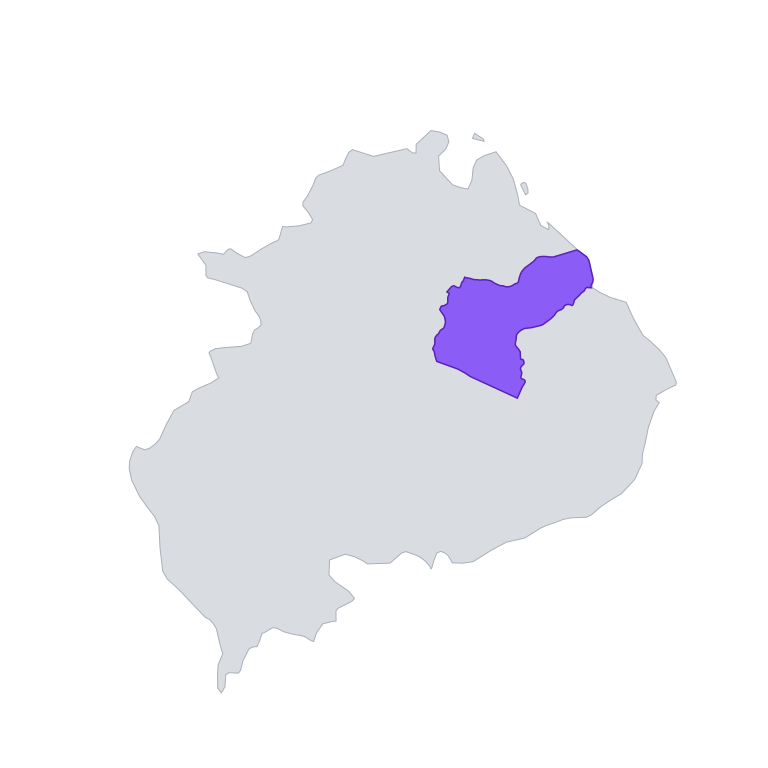 where Pouthisat sits in Cambodia, rotated 159°
{"feature_id": "KHM-1780", "entity_name": "Pouthisat", "entity_type": "Province", "adm_level": 1, "iso_a3": "KHM", "parent_name": "Cambodia", "parent_adm1": "", "projection": "orthographic", "projection_center": [103.597, 12.527], "detail": "fine", "context": "in_parent", "style": "filled", "palette": "violet", "viewbox_px": 768, "rotation_deg": 159, "n_neighbors": 0, "source": "natural_earth", "source_scale": "10m", "svg_char_len": 5539}
<svg xmlns="http://www.w3.org/2000/svg" viewBox="0 0 768 768"><g transform="rotate(159 384 384)"><path d="M646.5,153.9L648.2,159.8L644.1,170.9L639.7,181.0L631.2,189.9L630.8,196.4L628.2,215.8L629.4,221.9L631.5,227.1L634.4,229.9L642.2,248.7L649.3,265.8L656.3,279.8L657.6,288.7L651.8,311.4L644.9,332.3L645.7,342.7L648.9,353.0L652.5,366.8L654.0,384.4L652.3,396.0L649.1,403.2L643.0,410.6L637.6,414.4L630.9,408.3L625.7,408.1L618.7,410.1L613.2,413.0L602.1,423.9L589.7,434.6L572.5,437.5L565.9,445.3L558.7,446.5L545.0,447.0L536.1,449.0L536.6,452.9L536.0,471.3L536.2,475.7L534.9,476.8L528.7,477.4L518.2,474.7L503.9,470.3L493.8,469.7L488.7,477.8L485.6,480.9L481.8,481.4L477.8,482.9L476.5,486.5L476.2,491.0L478.2,498.7L479.0,510.9L478.6,519.2L482.3,524.4L504.2,541.9L510.6,546.3L511.4,548.9L507.7,558.6L511.2,572.1L504.4,571.9L493.0,566.2L487.5,562.7L480.9,565.6L478.6,565.1L474.1,558.4L468.3,551.7L462.3,551.3L449.6,554.1L436.7,556.0L431.8,556.0L429.8,557.3L422.3,567.4L419.1,565.7L406.1,562.0L394.2,560.6L391.7,563.2L393.2,571.4L395.9,579.5L394.3,582.9L387.8,587.2L379.2,594.8L373.9,600.8L370.2,602.3L357.1,602.1L343.9,602.9L338.7,608.5L333.8,612.9L329.5,614.1L312.3,600.3L278.3,595.5L274.5,589.4L271.3,588.2L268.1,596.2L249.4,603.8L241.6,599.2L235.9,593.6L236.7,586.8L242.1,581.2L251.4,577.2L255.7,563.2L248.6,545.3L242.4,540.1L235.9,535.9L229.0,542.6L223.2,554.0L217.2,559.9L208.7,561.2L196.2,560.7L191.4,543.6L189.8,529.0L191.5,512.3L193.4,502.4L181.4,488.8L180.8,475.8L175.0,469.1L173.3,472.5L173.5,476.2L171.8,473.5L153.0,435.3L149.9,417.6L153.2,404.0L155.1,399.5L149.7,392.3L142.1,384.1L128.6,373.4L127.7,356.5L124.8,336.6L120.8,329.9L114.7,317.6L111.4,307.5L110.4,280.7L112.1,278.5L121.6,277.8L133.9,275.9L135.9,271.6L133.7,268.0L141.6,261.9L152.8,248.7L161.6,234.8L167.8,226.0L171.6,217.3L184.2,205.0L201.6,196.5L213.4,194.6L225.7,191.7L237.4,187.5L243.0,187.1L257.6,192.1L265.5,193.4L273.8,193.3L282.4,193.8L289.8,193.3L307.7,189.8L326.7,192.5L343.6,190.3L364.6,186.2L374.9,188.6L384.3,192.6L385.6,200.8L387.8,204.5L391.0,207.4L395.2,207.3L400.5,201.6L404.9,195.7L406.3,194.6L406.6,197.5L408.9,203.9L412.9,210.1L417.0,214.2L423.7,219.7L428.1,219.9L442.4,214.6L464.0,222.0L466.5,225.8L473.6,233.5L481.2,239.0L497.9,239.2L503.8,225.5L500.8,217.2L491.1,202.9L488.4,194.3L491.4,192.8L507.6,191.0L510.2,189.3L513.7,179.9L518.1,180.9L527.0,182.1L536.4,175.6L542.0,168.8L545.1,171.8L548.5,176.5L552.2,179.2L559.0,183.2L566.6,188.8L571.4,194.3L575.1,196.4L584.7,194.8L587.3,194.9L592.8,188.1L596.6,184.4L600.0,185.4L604.8,185.2L614.7,176.4L620.3,168.4L623.4,166.2L632.4,170.1L636.0,169.2L641.0,158.3L646.5,153.9ZM185.0,521.1L183.1,522.1L181.4,522.1L179.6,520.5L179.8,514.4L181.1,510.6L184.1,509.9L185.0,521.1ZM213.4,581.5L209.6,585.6L203.5,577.1L203.5,574.7L213.4,581.5Z" fill="#d9dde1" stroke="#a8b0b8" stroke-width="1"/><path d="M156.0,440.1L154.5,438.4L149.2,430.1L148.4,425.9L150.9,408.4L151.4,406.4L152.5,404.4L155.2,402.0L156.1,400.5L156.0,399.6L158.5,400.6L158.9,401.0L159.1,401.1L159.3,401.2L159.7,401.3L160.2,401.4L160.8,401.3L161.6,400.9L163.5,399.4L164.2,398.9L165.2,398.7L166.3,398.5L167.8,397.9L169.8,396.8L175.4,394.5L176.2,394.0L177.3,392.5L179.3,390.1L179.8,390.0L180.4,389.9L180.6,390.1L181.2,390.7L182.6,391.9L183.8,392.4L184.4,392.5L185.1,392.6L186.0,392.6L187.0,392.4L187.7,392.2L188.2,391.9L188.4,391.7L188.8,391.0L189.3,390.7L190.1,390.4L192.1,389.9L195.1,389.9L196.2,389.7L198.1,388.7L200.5,387.0L205.0,385.1L213.8,382.7L215.9,382.4L225.9,383.7L233.1,385.5L236.8,385.1L239.8,384.1L241.5,383.2L242.5,382.3L243.2,381.5L244.2,379.4L244.2,379.2L244.4,378.7L246.6,375.4L247.3,373.7L247.4,373.3L247.3,372.9L246.6,370.1L246.0,368.7L245.4,365.9L245.3,365.1L247.3,359.3L247.4,358.9L247.4,358.7L247.3,358.3L247.2,358.1L247.0,357.8L246.8,357.7L246.0,357.4L245.5,356.7L245.3,355.7L245.5,354.3L245.8,353.3L246.3,352.7L246.7,352.4L248.8,351.5L249.5,351.2L250.2,350.6L251.0,349.6L251.3,348.7L251.4,347.9L251.2,347.0L251.2,346.4L251.3,345.1L251.9,344.1L253.7,341.5L253.9,340.4L253.7,339.6L253.1,339.0L252.4,338.6L252.0,338.2L251.4,337.5L251.2,336.4L251.4,335.6L251.8,335.0L252.3,334.5L256.5,331.2L264.6,323.0L300.7,360.0L304.4,365.2L309.5,371.3L326.7,386.2L326.4,390.5L326.4,391.6L325.6,395.4L325.5,396.8L326.0,398.7L325.9,399.3L325.4,400.0L322.5,402.8L321.9,403.7L321.0,406.6L320.4,407.9L320.2,408.3L319.7,408.9L318.9,409.6L317.0,410.8L316.5,411.0L316.1,411.0L315.4,411.3L314.5,411.9L312.8,413.4L312.3,413.8L311.8,414.0L308.7,414.7L308.1,414.9L307.8,415.1L307.5,415.4L304.5,419.5L304.1,421.0L303.4,425.4L305.3,433.5L303.6,435.3L303.0,435.8L302.1,436.2L300.3,435.7L299.4,435.7L297.2,436.0L296.2,436.3L295.3,437.3L294.8,438.3L293.7,441.5L293.1,442.4L291.1,444.5L290.8,445.1L290.9,445.7L292.1,447.0L292.3,447.3L292.0,447.6L286.5,450.5L285.4,450.8L284.1,450.8L283.5,450.6L282.9,450.1L281.6,448.4L281.0,447.9L280.2,447.4L279.5,447.1L278.9,446.9L278.2,447.2L277.4,447.9L275.8,450.0L274.8,451.0L273.9,451.6L273.5,451.7L272.9,452.0L272.6,452.3L270.4,454.8L269.3,453.9L265.3,451.4L263.0,449.5L262.1,449.0L258.9,447.6L258.5,447.3L256.8,446.5L255.0,446.1L252.1,445.0L250.4,444.1L248.2,442.8L247.3,442.0L246.5,441.2L244.8,438.6L240.6,434.4L240.3,434.2L237.8,433.1L237.2,432.7L236.0,431.6L235.3,431.1L234.5,430.7L231.6,429.9L229.1,429.9L226.2,430.5L223.4,430.5L222.5,430.8L221.6,431.8L220.2,434.0L217.2,437.7L215.2,439.6L211.0,441.9L201.3,444.6L199.6,445.2L196.9,446.8L195.7,447.2L193.9,447.1L192.0,446.8L189.3,445.9L186.7,444.8L184.6,443.6L180.5,441.9L157.6,440.2L156.0,440.1L156.0,440.1Z" fill="#8b5cf6" stroke="#5b21b6" stroke-width="1.5"/></g></svg>